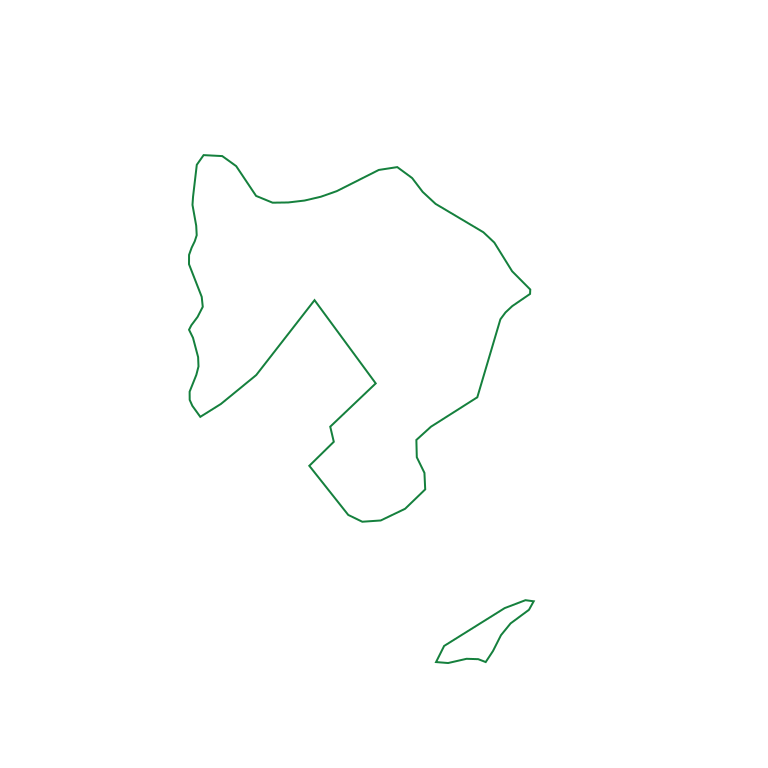 Basilan, Equal Earth projection, rotated 238°
{"feature_id": "PHL-2519", "entity_name": "Basilan", "entity_type": "Province", "adm_level": 1, "iso_a3": "PHL", "parent_name": "Philippines", "parent_adm1": "", "projection": "equal_earth", "projection_center": [121.999, 6.573], "detail": "fine", "context": "isolated", "style": "outline", "palette": "green", "viewbox_px": 768, "rotation_deg": 238, "n_neighbors": 0, "source": "natural_earth", "source_scale": "10m", "svg_char_len": 1077}
<svg xmlns="http://www.w3.org/2000/svg" viewBox="0 0 768 768"><g transform="rotate(238 384 384)"><path d="M453.5,210.8L467.0,209.9L473.5,210.8L480.5,215.1L491.2,229.7L497.2,236.0L505.3,240.6L524.4,246.5L533.3,247.4L535.9,251.7L539.7,261.5L545.5,271.2L554.5,275.6L588.9,282.1L596.8,287.1L601.6,293.2L605.3,299.1L609.4,304.0L617.7,308.6L637.4,316.5L644.0,321.3L669.1,341.4L673.7,352.3L663.0,367.6L647.1,374.1L611.3,375.2L596.8,385.6L588.7,399.0L581.7,413.8L576.3,429.6L572.6,446.1L568.3,493.0L560.9,510.2L543.7,517.0L526.4,518.6L509.4,523.2L460.0,548.7L445.5,552.5L411.7,552.4L386.6,558.1L383.0,555.6L382.1,534.0L380.3,524.9L377.2,517.0L323.3,456.1L322.9,401.2L319.4,381.8L304.5,373.0L287.2,371.2L272.8,363.1L267.0,335.8L270.0,308.9L278.7,292.6L291.9,284.3L354.2,277.3L361.6,310.8L376.3,315.8L388.9,377.3L491.9,369.5L459.3,280.4L453.5,235.1L453.5,210.8ZM130.0,296.2L130.0,367.6L125.7,389.4L120.4,395.8L115.7,387.3L113.9,364.5L109.0,350.1L99.8,334.9L94.3,322.9L100.7,318.1L107.2,308.4L113.4,290.5L120.6,280.8L130.0,296.2Z" fill="none" stroke="#15803d" stroke-width="2"/></g></svg>